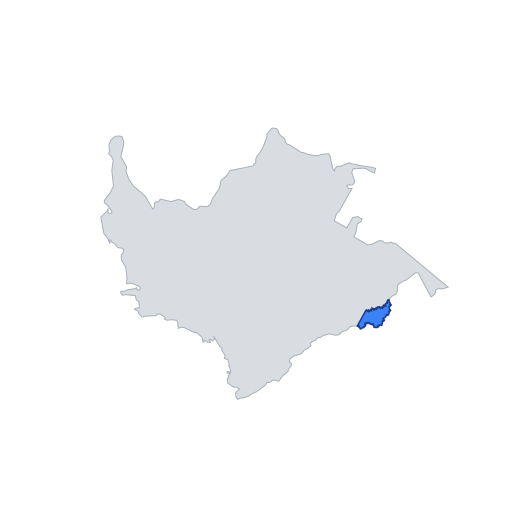 location of El Encanto, Amazonas, Colombia, rotated 299°
{"feature_id": "7082276B15462988930410", "entity_name": "El Encanto", "entity_type": "district", "adm_level": 2, "iso_a3": "COL", "parent_name": "Colombia", "parent_adm1": "Amazonas", "projection": "orthographic", "projection_center": [-72.847, -1.998], "detail": "fine", "context": "in_parent", "style": "filled", "palette": "blue", "viewbox_px": 512, "rotation_deg": 299, "n_neighbors": 0, "source": "geoboundaries", "source_scale": "gbopen_adm2", "svg_char_len": 8960}
<svg xmlns="http://www.w3.org/2000/svg" viewBox="0 0 512 512"><g transform="rotate(299 256 256)"><path d="M291.4,85.2L286.7,87.1L277.6,89.4L271.3,99.5L267.0,101.3L261.7,107.3L257.8,114.7L254.8,130.0L246.9,142.9L247.6,143.5L250.7,142.9L253.6,141.5L254.7,141.9L255.8,144.2L259.4,144.7L262.3,155.2L267.7,160.6L268.3,162.6L269.0,167.0L267.1,169.7L266.5,179.3L268.2,181.7L272.3,182.7L275.1,188.7L276.8,190.1L279.3,191.0L285.2,190.1L296.1,191.1L298.6,190.9L304.7,188.8L312.4,191.4L318.1,191.8L333.6,210.1L335.2,209.5L337.1,210.6L341.0,208.7L344.4,208.5L348.8,209.4L354.6,209.4L366.3,207.6L368.0,206.5L374.4,207.6L376.3,208.9L377.3,212.3L376.6,214.4L374.4,216.6L373.2,219.3L373.0,222.6L371.8,225.0L369.8,226.6L369.0,228.9L369.5,231.9L368.5,245.7L369.4,246.8L370.1,252.5L372.8,259.9L374.1,262.0L376.4,263.7L380.6,269.8L379.7,271.9L369.1,281.3L368.6,283.5L370.6,282.6L373.9,283.5L375.0,285.8L382.9,292.5L382.8,295.0L385.1,300.0L384.7,301.1L390.2,315.3L390.4,318.3L385.8,319.1L385.6,309.6L385.0,307.6L379.8,299.2L378.8,298.5L375.3,299.4L369.6,305.7L367.0,306.6L364.8,305.7L362.7,302.0L361.3,301.3L359.9,304.4L361.7,307.2L336.4,307.1L331.4,306.0L324.7,307.4L324.6,321.7L336.6,322.0L339.9,326.1L339.6,329.4L340.1,330.6L337.2,331.3L333.0,329.1L325.6,331.8L320.2,332.4L319.8,348.3L323.1,352.2L329.5,356.5L330.4,359.4L329.9,362.1L331.5,365.5L333.6,367.4L333.5,369.4L334.6,371.7L321.9,439.1L317.5,435.0L315.9,431.3L313.7,429.7L309.5,430.9L305.0,429.0L319.7,406.2L319.2,404.1L307.0,398.5L305.7,397.1L299.9,394.1L296.7,394.9L294.8,396.4L290.4,396.9L286.8,394.5L282.5,392.9L277.4,396.7L275.8,396.7L272.2,398.4L268.3,399.0L263.2,397.3L259.1,398.5L256.2,398.2L255.1,397.0L251.5,395.6L251.1,394.1L252.1,391.3L250.5,385.7L249.9,384.8L247.1,384.7L243.9,382.7L243.2,381.5L243.9,379.2L243.3,377.3L240.2,372.8L235.8,371.7L231.5,368.0L227.3,366.7L225.3,364.0L223.5,358.0L219.1,353.4L216.0,351.8L214.9,349.6L211.8,349.3L207.5,346.3L205.6,346.1L204.3,347.5L200.3,346.0L196.9,343.8L193.4,343.2L191.1,341.9L186.9,337.6L182.4,335.5L179.8,336.3L179.0,339.4L177.5,340.0L172.3,339.2L171.4,339.9L170.1,339.8L163.8,337.4L157.5,336.6L156.0,331.2L152.0,329.3L150.8,326.7L148.0,327.0L137.3,322.2L132.9,318.8L129.2,317.0L125.3,313.2L124.6,311.6L121.6,309.5L123.1,306.6L126.8,304.5L131.5,306.1L132.1,302.8L130.4,299.9L131.2,293.2L132.5,291.7L135.1,290.4L136.7,290.9L137.8,289.8L141.7,290.3L142.8,289.8L145.8,287.1L147.1,285.0L148.4,285.2L151.6,281.6L151.1,278.0L154.1,277.2L157.2,271.4L158.6,271.2L159.3,268.4L164.8,258.7L162.8,259.9L160.7,259.2L161.0,255.9L160.4,255.5L158.6,258.1L157.1,255.5L157.5,251.4L155.1,252.2L155.2,251.2L158.8,248.1L160.3,240.9L159.1,238.4L158.5,227.7L157.9,225.7L155.0,223.0L159.6,220.0L161.3,217.7L159.2,212.9L156.5,209.0L156.4,206.6L158.1,206.8L158.8,200.2L157.3,197.7L155.4,197.6L149.4,187.9L147.3,185.9L148.9,181.3L150.8,179.2L150.4,175.6L151.6,175.8L154.2,179.0L155.3,178.5L159.4,175.5L159.6,172.6L162.9,169.6L158.4,159.7L156.8,158.2L158.7,155.0L159.8,155.2L161.6,158.3L164.4,160.3L168.6,165.8L170.4,167.0L169.1,168.3L168.8,169.6L169.4,170.3L171.8,170.5L172.8,169.0L172.2,162.2L171.3,158.9L169.1,156.5L169.8,155.5L174.1,153.9L183.2,147.4L186.4,141.4L188.7,139.2L191.4,137.8L194.7,138.1L197.2,137.4L198.0,135.5L196.4,131.3L198.4,125.6L198.3,122.7L199.6,121.0L199.1,120.3L195.9,122.3L199.3,118.3L201.7,112.2L214.8,101.4L223.3,104.0L226.0,103.8L222.5,105.2L221.9,106.7L223.1,108.4L224.4,108.8L225.5,107.8L228.4,101.5L228.9,98.0L230.1,96.8L231.9,96.4L240.2,97.9L248.1,97.4L261.0,88.4L270.7,84.6L273.1,80.9L273.7,78.1L275.4,77.1L277.3,77.1L278.4,75.6L282.8,73.2L287.6,72.9L292.6,75.0L294.9,78.7L295.3,81.2L291.4,85.2ZM141.8,289.1L141.2,289.6L140.1,288.7L139.7,287.6L140.4,286.8L141.3,287.0L141.8,289.1Z" fill="#d9dde1" stroke="#a8b0b8" stroke-width="1"/><path d="M244.0,378.5L243.9,378.6L243.9,378.8L244.2,378.9L244.3,379.0L244.2,379.3L243.8,379.6L243.8,379.9L244.3,380.2L244.5,379.9L244.7,380.0L244.5,380.4L244.1,380.7L243.6,381.2L243.4,381.5L243.4,382.0L242.9,382.5L242.9,382.8L243.0,383.0L243.7,383.5L244.3,383.6L244.9,383.9L245.2,384.2L245.3,384.8L245.1,384.7L245.3,384.8L246.0,384.8L246.3,384.6L246.5,384.6L247.0,385.0L247.5,385.1L247.6,385.3L247.7,385.6L247.9,385.7L248.1,385.7L248.3,385.6L248.3,385.4L248.1,385.0L248.6,384.6L248.9,384.7L249.3,384.6L249.5,384.7L249.5,384.8L249.3,384.9L249.1,385.0L249.3,385.2L249.8,385.1L249.9,384.8L249.8,384.1L250.0,383.9L250.3,384.1L250.5,384.8L250.8,385.2L251.1,385.1L251.6,385.2L251.6,385.8L251.4,386.2L251.5,386.4L251.8,386.7L252.4,386.7L252.5,386.9L252.5,387.1L252.2,387.5L252.3,387.9L252.3,388.9L252.0,389.1L252.0,389.3L252.2,389.8L252.4,390.0L252.7,390.1L252.8,390.4L252.4,390.9L252.4,391.1L252.5,391.3L253.3,391.3L253.2,391.8L252.4,392.2L252.3,392.3L252.1,393.2L251.9,393.5L251.6,393.6L251.2,393.5L251.0,393.8L251.1,394.0L251.1,394.4L251.4,395.2L252.1,396.1L252.1,396.6L252.7,396.7L253.3,397.0L253.4,397.5L253.6,397.6L253.9,397.5L254.0,397.3L254.0,396.7L254.1,396.8L254.4,396.8L254.5,397.2L254.9,397.5L255.1,397.5L255.3,397.1L255.5,397.3L255.6,397.5L255.8,397.8L255.9,398.4L256.3,398.7L256.4,399.0L256.2,399.4L256.4,399.6L256.5,399.6L256.9,399.3L257.3,399.3L257.6,399.2L257.8,399.3L258.6,399.0L258.8,398.8L259.5,398.5L259.6,398.3L259.8,398.3L259.9,398.2L260.2,398.4L260.3,398.9L260.4,399.0L260.7,399.0L260.9,398.8L260.9,398.3L261.5,398.3L261.4,398.7L261.7,399.0L261.7,399.5L261.9,399.5L262.4,399.3L262.4,398.8L262.5,398.6L263.0,398.1L263.0,397.8L262.9,397.5L263.1,397.5L263.8,397.6L264.2,398.2L264.5,398.5L265.0,398.5L265.3,398.6L265.4,398.9L265.6,398.9L266.0,398.7L266.2,398.8L266.5,398.8L266.8,398.9L267.2,399.2L267.4,399.3L267.8,399.1L268.0,398.7L268.2,399.2L268.0,399.4L268.2,399.9L268.6,400.0L268.6,400.3L268.8,400.4L269.0,400.4L269.4,400.2L269.8,400.2L270.1,400.0L270.5,400.1L270.7,399.9L270.7,399.6L271.2,399.7L271.4,399.7L271.4,399.4L271.2,399.2L271.5,399.1L272.0,399.4L272.5,399.4L272.9,399.1L273.1,399.3L273.3,399.5L273.3,400.1L273.6,400.1L273.9,399.9L274.0,399.6L274.1,399.2L274.1,398.8L274.2,398.7L274.4,398.4L274.9,398.1L275.6,397.2L276.0,397.0L276.4,397.2L276.5,397.5L277.3,397.8L277.7,397.6L277.9,397.4L278.0,397.6L278.5,398.0L278.8,397.9L278.9,397.6L278.5,396.8L278.7,396.5L278.8,396.4L279.3,396.5L279.7,396.4L280.1,395.8L280.2,395.2L280.4,394.8L280.7,393.8L281.1,393.9L281.5,394.1L281.7,393.9L281.7,393.7L282.2,393.5L281.9,393.1L281.7,393.4L281.6,393.0L281.4,392.8L281.2,392.8L281.0,393.1L280.9,393.0L280.7,393.1L280.5,392.9L280.4,393.2L280.3,393.4L280.1,393.3L280.1,393.0L279.9,392.9L279.6,392.8L279.3,392.9L279.1,393.2L278.7,393.1L278.8,393.2L278.8,393.4L278.6,393.6L278.2,393.6L278.0,393.4L278.0,393.0L277.8,393.1L277.6,392.8L276.8,392.4L276.6,392.5L276.4,392.6L276.0,392.8L276.0,393.0L275.7,393.2L275.6,393.4L275.3,393.4L275.0,393.6L274.7,393.4L274.5,392.9L274.9,393.1L275.1,392.8L275.0,392.6L275.2,392.4L275.2,391.7L274.7,391.4L274.6,391.6L274.6,391.8L274.5,391.6L274.4,391.7L274.5,392.3L274.3,392.0L274.1,392.0L274.1,392.3L273.9,392.3L274.0,392.0L273.9,391.9L273.7,392.2L273.4,392.2L273.2,392.0L273.4,392.0L273.4,391.9L273.3,391.6L273.1,391.7L272.8,391.6L272.6,391.5L272.8,391.6L272.6,391.6L272.5,391.8L272.1,391.9L272.2,391.6L272.4,391.5L272.3,391.2L272.2,391.2L272.0,391.5L271.9,391.3L271.8,391.2L271.6,391.5L271.5,391.3L271.7,391.1L271.4,391.1L271.6,391.1L271.5,390.7L271.8,390.7L271.5,390.6L271.9,390.4L271.8,390.1L271.6,390.0L271.5,390.4L271.1,390.0L271.4,389.5L271.3,389.0L271.2,388.8L271.2,389.0L271.0,388.9L270.9,388.9L270.8,389.1L270.6,389.0L270.7,388.7L270.9,388.6L271.2,388.4L270.8,388.2L270.7,388.0L270.7,387.5L270.5,387.4L270.5,387.6L270.4,387.7L270.2,387.6L270.3,387.4L270.0,387.4L269.7,387.3L269.6,387.5L269.4,387.4L269.4,387.1L269.2,387.2L269.0,386.9L269.1,386.5L268.9,386.4L268.7,386.5L268.9,386.6L268.9,386.8L268.8,387.0L268.5,386.9L268.5,386.7L268.3,386.8L268.4,386.5L268.2,386.4L268.4,386.2L268.2,386.1L268.1,386.3L268.1,386.0L267.7,386.1L267.6,385.9L267.5,386.0L267.4,386.0L267.0,386.0L267.0,385.8L267.2,385.6L266.9,385.3L267.0,385.0L266.9,384.8L266.9,385.0L266.7,385.1L266.6,385.3L266.8,385.5L266.5,385.5L266.5,385.3L266.3,385.2L266.2,384.9L266.3,384.8L266.1,384.8L266.2,384.6L265.9,384.5L265.9,384.4L266.1,384.3L266.0,383.9L266.1,384.0L266.3,383.9L266.2,384.0L266.3,384.1L266.4,383.9L266.5,383.9L266.7,383.6L266.7,383.4L266.5,383.7L266.1,383.5L266.1,383.4L266.2,383.5L266.3,383.5L266.3,383.1L266.1,383.1L266.2,383.3L265.8,383.1L265.7,383.4L265.4,382.4L265.2,382.4L265.1,382.5L265.4,382.7L265.1,382.7L265.3,383.1L265.2,383.2L264.8,383.0L264.8,382.8L264.7,382.8L264.5,383.1L264.4,383.0L264.1,383.0L264.1,382.9L264.2,382.7L264.1,382.8L264.1,382.6L264.0,382.4L263.9,382.5L263.2,382.3L263.6,382.0L263.6,381.8L263.4,381.4L262.9,381.8L262.8,381.7L263.0,381.7L262.8,380.9L263.0,380.9L263.2,380.5L262.7,380.4L262.6,380.1L262.6,380.4L262.4,380.5L262.5,380.3L262.3,380.3L262.3,380.1L262.2,380.1L261.8,379.9L261.9,379.6L261.8,379.4L261.8,379.1L261.8,378.8L262.1,379.0L262.1,378.9L261.9,378.8L262.1,378.7L261.8,378.5L244.0,378.5Z" fill="#3b82f6" stroke="#1e3a8a" stroke-width="1.5"/></g></svg>